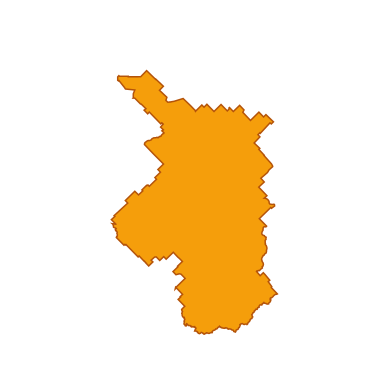 the district of Barcaldine, Queensland, Australia, rotated 40°
{"feature_id": "25037944B32668450975374", "entity_name": "Barcaldine", "entity_type": "district", "adm_level": 2, "iso_a3": "AUS", "parent_name": "Australia", "parent_adm1": "Queensland", "projection": "albers", "projection_center": [146.199, -23.052], "detail": "fine", "context": "isolated", "style": "filled", "palette": "amber", "viewbox_px": 384, "rotation_deg": 40, "n_neighbors": 0, "source": "geoboundaries", "source_scale": "gbopen_adm2", "svg_char_len": 6078}
<svg xmlns="http://www.w3.org/2000/svg" viewBox="0 0 384 384"><g transform="rotate(40 192 192)"><path d="M63.3,154.2L64.5,154.1L64.5,153.6L73.3,155.4L74.8,155.9L82.6,150.6L83.9,154.5L86.5,157.6L86.5,157.9L87.8,156.9L96.0,157.7L96.6,157.3L103.2,157.8L102.7,160.1L107.8,160.6L107.9,158.2L124.3,159.9L124.4,158.4L126.3,158.5L126.2,162.5L130.1,162.8L129.6,164.5L132.5,164.7L132.7,165.4L132.3,166.0L132.1,167.1L132.1,168.1L132.4,168.8L132.1,169.1L132.1,169.6L131.9,170.0L131.3,170.5L131.3,171.9L130.8,172.2L130.8,172.4L130.0,172.6L129.5,173.6L127.8,175.2L127.7,175.6L127.1,176.8L127.2,177.4L127.1,177.7L127.2,178.5L126.1,180.3L125.4,180.6L124.8,181.8L124.7,182.5L124.5,183.4L124.3,183.8L124.3,184.9L124.6,185.2L124.7,185.8L125.1,186.2L137.9,187.6L152.2,188.9L151.4,196.7L155.1,197.1L154.3,204.8L156.6,205.1L155.6,215.1L153.8,214.9L153.4,215.4L153.3,216.2L152.9,216.2L152.3,222.6L153.6,222.8L152.9,228.6L147.7,228.2L146.4,241.4L149.9,241.8L147.5,260.2L148.6,260.3L148.0,265.0L154.2,265.6L153.9,266.1L153.1,266.3L151.3,267.5L152.1,267.5L152.7,268.0L153.6,268.4L154.3,269.3L154.6,269.4L155.9,269.1L156.5,268.8L157.2,268.7L157.5,268.8L157.4,269.4L157.6,269.6L157.5,270.2L158.6,270.7L158.9,270.4L160.1,270.7L160.8,271.1L160.9,271.7L161.1,272.0L162.5,272.8L162.9,273.7L162.9,274.4L163.2,274.4L163.3,275.5L174.1,276.5L174.2,275.4L175.1,275.4L175.2,274.7L192.5,276.4L192.6,275.0L199.8,275.8L199.8,275.6L201.9,275.8L201.9,276.0L206.4,276.5L207.0,270.7L204.5,270.5L205.2,265.9L206.4,264.7L211.3,265.2L211.9,259.7L215.4,260.1L216.4,250.2L223.0,251.0L225.0,251.0L229.3,251.4L228.6,258.2L229.3,258.4L228.6,265.2L232.9,265.7L233.7,264.4L234.1,264.1L234.3,263.5L234.9,262.8L236.4,262.0L242.3,262.6L241.0,275.4L240.6,275.4L241.5,277.1L241.6,275.5L250.6,276.5L250.2,279.8L250.8,279.9L250.4,283.2L259.9,284.2L259.6,287.3L259.7,287.5L259.5,288.4L259.6,288.7L260.1,288.9L260.6,289.5L261.5,289.6L262.2,291.6L262.8,291.8L263.6,292.7L264.5,293.3L265.7,293.6L266.7,293.0L266.9,293.2L266.9,293.7L267.5,293.7L267.6,293.9L268.3,294.1L268.5,295.2L269.0,295.6L269.0,296.1L269.5,296.2L269.7,296.5L270.4,297.9L270.9,298.2L270.9,298.3L271.7,298.4L271.9,298.3L272.8,298.8L273.2,298.5L273.5,298.5L273.7,298.1L273.4,297.4L273.1,297.3L273.1,297.1L272.5,296.6L272.5,296.3L273.0,296.2L274.1,296.6L275.0,296.3L275.2,296.5L276.3,295.6L276.5,295.7L277.1,295.7L276.9,295.4L277.3,295.3L278.0,295.3L278.3,295.7L278.5,295.6L278.8,295.4L279.2,294.6L280.1,294.3L280.1,293.8L280.6,293.4L281.2,293.9L281.4,293.7L282.2,293.6L282.9,294.2L282.8,295.1L283.4,296.8L284.6,295.9L285.5,295.6L286.3,296.0L286.4,295.7L286.8,295.8L287.7,296.1L288.7,295.8L289.2,294.9L289.3,293.6L290.5,293.2L290.8,293.3L291.2,293.2L291.4,293.0L291.7,293.0L292.1,293.3L292.8,293.0L292.9,292.4L293.6,291.4L293.6,290.8L293.5,290.6L294.3,290.1L295.3,289.9L295.8,289.3L296.2,289.1L296.3,288.7L297.0,287.3L297.8,287.0L297.8,286.5L297.2,286.1L297.3,284.4L298.0,283.4L298.4,282.3L298.2,281.6L298.8,281.2L299.1,280.6L299.1,280.0L298.9,279.8L298.9,279.2L299.3,278.1L299.3,277.3L299.9,277.6L300.5,277.3L300.6,277.0L301.2,277.2L301.7,277.1L302.0,276.7L302.4,276.8L304.4,275.6L304.4,275.3L305.0,274.9L305.0,274.4L305.9,273.9L306.8,273.7L307.0,273.9L307.6,273.8L307.9,273.5L308.1,273.6L308.7,272.8L310.1,272.0L311.0,272.1L311.7,271.8L312.3,271.4L312.8,271.4L313.4,271.9L313.7,272.0L315.3,271.4L315.2,270.5L314.9,270.2L314.6,269.5L314.8,268.7L315.3,268.2L315.5,267.6L315.4,266.9L315.0,266.1L315.3,265.2L314.6,263.2L314.0,263.0L313.9,262.8L314.3,262.3L314.3,261.4L314.6,261.3L315.0,260.5L316.7,260.2L317.3,259.8L317.5,259.2L318.4,258.3L318.9,258.1L319.3,258.2L319.4,257.5L319.4,257.1L319.1,256.6L318.9,255.8L319.3,254.3L319.0,253.7L319.1,253.2L318.6,252.5L318.5,252.0L318.7,251.6L318.8,251.0L319.2,250.4L318.5,248.9L318.7,248.6L317.9,248.3L316.6,247.5L316.7,246.4L316.3,245.4L316.7,244.5L316.7,243.9L316.2,243.3L316.2,242.8L316.5,242.5L316.3,242.1L316.5,241.2L316.3,240.7L317.3,240.0L316.7,238.4L317.5,237.2L316.9,236.6L316.7,236.2L316.8,235.8L316.6,234.9L317.1,234.3L318.1,233.7L318.1,233.3L317.6,232.4L317.6,232.2L318.1,231.8L318.1,230.4L319.0,230.6L320.3,229.8L320.8,229.9L321.8,229.4L322.6,228.5L322.3,228.2L322.2,227.6L322.5,226.6L322.3,225.2L321.9,224.2L321.4,223.7L321.0,224.2L320.4,223.4L320.2,222.8L320.3,222.5L321.0,221.8L321.3,219.9L321.2,219.2L321.4,217.7L322.0,216.3L322.6,216.0L322.9,215.2L314.1,214.2L313.9,213.6L313.9,213.2L308.0,211.7L308.3,209.6L301.1,208.3L298.5,208.0L298.0,212.3L292.5,211.4L292.5,210.6L293.1,210.3L293.2,209.5L294.0,209.2L294.2,208.7L294.3,208.1L294.2,207.2L294.7,205.5L294.7,204.9L293.8,204.2L294.0,203.1L293.2,201.5L292.0,200.6L291.5,200.5L289.7,199.8L289.6,199.4L288.6,198.9L288.0,197.8L287.7,196.7L287.7,195.9L287.3,195.0L287.8,194.1L287.5,192.1L287.9,191.6L287.9,190.9L287.3,189.7L286.5,188.8L286.4,188.4L285.5,186.8L284.0,185.7L283.1,185.3L281.9,185.1L281.4,184.3L281.1,184.3L280.6,183.8L280.4,183.4L279.3,182.3L279.1,182.0L279.2,180.8L278.2,179.7L277.9,179.0L276.3,179.3L275.5,178.9L274.3,179.4L273.2,179.5L272.4,179.2L271.9,178.6L271.3,177.5L270.9,175.5L270.6,175.4L270.6,175.2L269.5,173.6L269.4,172.9L269.7,172.1L270.5,171.7L271.1,171.0L271.1,170.2L260.7,169.2L262.3,153.2L263.4,153.4L264.3,149.6L263.2,148.6L262.6,148.7L261.6,149.9L259.4,151.2L258.5,151.0L256.9,149.6L255.6,149.2L254.2,149.1L253.3,149.3L252.1,149.7L251.3,150.3L251.8,146.7L240.0,145.4L240.9,137.9L235.9,137.2L237.3,128.6L236.8,125.5L237.5,120.7L236.9,120.2L234.9,119.4L223.7,117.8L223.7,117.4L215.8,116.4L215.9,115.0L208.1,114.5L208.6,106.1L205.7,105.7L205.9,103.1L206.6,103.2L207.3,88.9L209.0,88.9L209.3,85.9L198.9,85.2L198.6,88.5L191.9,87.8L190.8,99.6L179.7,98.3L179.1,95.7L172.8,95.0L171.9,103.8L166.4,103.2L166.3,103.9L167.1,104.7L166.9,107.2L158.0,106.3L157.1,116.2L147.0,115.2L146.7,119.3L143.6,119.0L142.8,128.0L141.6,127.3L141.2,127.4L135.5,126.8L125.1,126.1L120.0,134.0L118.2,136.1L118.0,136.6L117.3,137.3L117.2,137.2L115.8,138.8L113.1,138.6L111.9,135.6L101.7,135.0L102.1,129.4L91.7,128.8L91.7,129.1L79.2,128.2L78.6,136.7L69.1,144.7L68.8,144.3L62.0,150.0L61.2,149.9L61.1,151.6L63.3,154.2Z" fill="#f59e0b" stroke="#b45309" stroke-width="1.5"/></g></svg>